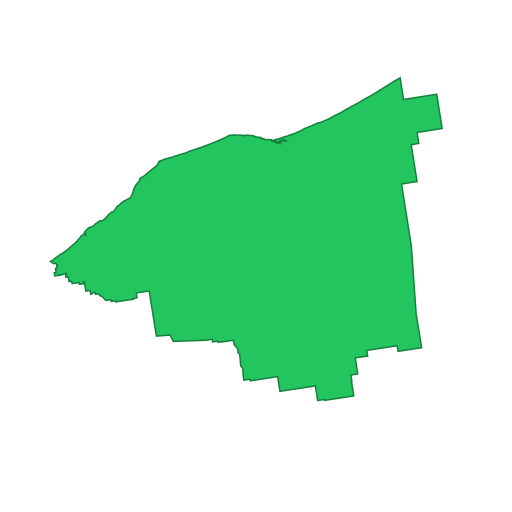 Northampton, Western Australia, Australia, rotated 81°
{"feature_id": "25037944B43886071852017", "entity_name": "Northampton", "entity_type": "district", "adm_level": 2, "iso_a3": "AUS", "parent_name": "Australia", "parent_adm1": "Western Australia", "projection": "equal_earth", "projection_center": [114.191, -27.828], "detail": "fine", "context": "isolated", "style": "filled", "palette": "green", "viewbox_px": 512, "rotation_deg": 81, "n_neighbors": 0, "source": "geoboundaries", "source_scale": "gbopen_adm2", "svg_char_len": 6022}
<svg xmlns="http://www.w3.org/2000/svg" viewBox="0 0 512 512"><g transform="rotate(81 256 256)"><path d="M378.5,253.5L393.4,253.5L393.4,252.9L393.6,217.7L408.4,217.7L408.4,210.7L409.3,210.7L409.5,181.3L394.9,181.3L394.9,180.9L388.4,180.9L388.4,174.0L372.2,173.9L372.3,161.4L366.6,161.4L366.7,130.6L372.4,130.6L372.5,106.7L338.4,106.9L270.3,101.0L207.7,101.0L207.7,85.3L170.4,85.3L170.2,77.6L159.2,77.6L159.2,52.2L124.5,52.2L124.5,85.8L102.5,85.8L102.9,86.6L103.0,87.3L103.2,87.5L103.5,88.2L103.7,89.0L104.0,89.3L104.0,89.9L104.5,90.7L104.7,91.8L104.9,91.8L105.0,92.4L106.3,94.9L106.3,95.5L106.5,95.6L106.8,96.0L106.8,96.6L107.3,97.3L107.4,97.9L107.7,98.4L108.0,99.4L108.4,100.1L108.9,101.5L109.7,103.1L109.9,103.9L110.1,104.1L110.2,104.8L110.5,105.1L111.1,106.3L111.5,107.6L111.4,107.8L111.7,108.0L111.9,108.7L112.4,109.3L112.9,110.9L113.7,112.2L113.6,112.7L113.8,113.0L114.2,113.7L115.3,116.8L115.7,117.3L115.9,118.5L116.4,119.2L116.5,120.0L116.9,120.8L117.0,121.7L117.7,123.1L117.9,124.3L118.0,124.3L118.4,124.9L118.9,126.5L119.4,127.5L119.4,127.9L119.7,128.2L119.8,128.7L119.9,128.8L120.3,129.6L120.4,130.3L120.8,130.9L121.0,131.7L121.1,131.8L121.9,134.4L122.2,135.1L122.3,135.0L122.4,135.3L123.0,137.9L123.6,138.9L123.8,140.0L124.4,141.1L124.9,142.5L125.0,142.8L124.8,143.1L125.3,143.4L125.9,145.5L126.9,147.6L127.3,149.1L127.5,149.2L128.3,151.6L128.3,152.1L128.7,152.9L128.6,153.2L128.8,153.7L129.0,154.1L129.1,154.6L129.5,155.5L129.4,155.9L129.7,156.2L129.7,156.8L130.2,157.6L130.2,157.8L130.7,159.1L130.9,160.1L131.7,161.5L131.7,161.9L132.0,162.7L134.1,171.0L134.3,172.4L134.2,173.5L134.4,173.9L134.3,174.0L134.5,175.2L134.9,176.0L135.0,176.9L135.2,177.4L135.4,178.7L135.6,178.9L135.6,179.1L135.8,179.4L136.2,180.9L136.6,183.0L136.6,183.4L136.7,184.1L137.0,184.4L137.1,184.7L137.4,186.1L137.4,187.1L137.5,187.2L137.6,187.6L137.8,187.7L137.8,188.4L138.6,190.1L139.2,192.3L139.7,193.6L140.2,196.0L140.7,197.3L141.4,201.3L141.7,202.3L141.7,203.2L142.4,205.8L142.5,207.7L142.9,209.6L142.8,210.2L143.1,211.5L143.2,212.6L143.9,215.1L144.0,215.7L143.8,217.1L144.1,218.8L144.4,220.3L144.8,221.1L144.9,221.8L145.2,221.9L145.4,221.7L145.2,220.8L145.0,220.5L144.9,220.1L145.0,219.4L145.3,219.1L146.0,219.1L146.7,217.4L146.8,216.3L146.7,215.0L146.4,213.7L146.0,213.2L145.5,212.2L145.4,210.8L145.5,210.3L145.9,210.0L147.0,208.1L147.3,208.6L146.9,209.2L146.3,212.6L147.6,214.4L148.4,214.5L148.8,214.2L148.6,215.4L148.2,215.5L147.8,216.8L148.0,217.7L147.4,217.8L147.3,218.1L146.9,218.4L146.6,219.2L146.2,219.4L145.8,220.0L145.7,221.7L145.4,222.2L144.6,222.7L144.7,222.2L144.3,222.5L143.9,222.2L143.7,222.3L143.4,223.4L143.4,224.1L142.9,225.3L142.5,229.2L142.0,229.8L141.2,229.9L141.2,231.2L140.9,232.2L140.5,232.6L140.2,232.4L140.1,232.6L139.9,232.4L139.7,232.6L139.5,233.3L139.6,233.9L139.2,234.9L138.8,235.4L138.7,236.7L138.8,236.9L138.4,237.2L138.3,237.7L138.4,237.9L138.3,238.0L138.2,238.2L138.1,238.6L138.0,238.8L137.7,238.7L137.7,239.0L137.0,239.4L136.2,242.0L136.0,243.4L135.8,243.8L135.7,244.4L135.4,244.9L135.2,246.3L135.2,247.2L135.3,247.4L135.2,247.9L135.6,248.2L135.0,249.2L135.0,249.5L134.9,249.5L134.5,251.0L134.5,251.5L134.0,252.7L133.9,253.6L134.0,253.8L133.9,254.2L134.0,254.6L134.1,255.8L133.6,256.2L133.7,256.3L133.6,256.9L133.2,257.7L133.0,258.9L132.9,260.6L133.1,261.8L132.5,262.4L132.7,263.0L132.7,263.7L133.1,264.3L133.1,264.9L133.4,265.4L133.4,265.7L133.8,266.5L134.1,267.7L135.6,272.7L135.8,273.1L135.9,273.8L136.9,278.2L137.1,278.5L137.3,280.0L138.1,283.0L138.1,283.3L138.6,285.8L139.0,287.4L139.0,287.7L139.1,288.6L139.7,289.4L139.7,289.7L139.4,290.0L140.0,292.4L142.1,305.1L142.4,306.7L143.1,308.3L143.1,308.5L143.3,309.2L143.2,309.9L143.5,310.5L143.5,312.8L143.9,314.0L143.8,315.0L144.0,315.8L144.1,316.8L144.4,317.9L144.6,319.0L144.5,319.6L144.9,320.7L144.9,321.2L145.4,323.5L145.3,324.7L146.2,331.9L146.9,334.3L147.3,336.6L147.7,337.3L149.3,338.2L150.5,339.2L151.9,341.1L156.2,348.8L158.8,352.8L160.0,355.2L160.7,357.6L161.1,358.4L161.8,358.5L163.9,359.9L164.5,360.5L165.3,361.6L166.6,362.7L167.3,363.8L167.7,363.9L169.4,365.4L172.0,366.8L174.6,368.0L175.2,368.4L175.5,368.4L177.2,369.7L178.5,370.8L178.8,371.2L179.8,373.5L179.9,374.3L180.1,375.2L180.9,376.3L180.9,377.3L181.2,378.3L182.9,381.4L183.3,381.7L184.2,383.0L184.8,384.5L185.8,386.0L186.2,386.1L187.4,387.2L187.8,387.8L188.4,388.2L189.8,390.0L190.0,390.4L190.1,391.9L190.6,392.9L191.5,393.9L192.0,395.2L192.9,396.0L195.3,398.9L196.4,400.6L197.1,402.6L196.9,404.0L196.9,405.2L197.2,405.5L198.0,407.2L198.4,407.6L198.6,408.4L199.6,410.4L200.4,411.1L201.2,412.4L201.4,413.6L201.8,415.1L201.7,416.1L202.2,417.3L204.3,420.1L205.5,421.4L206.2,421.9L206.7,421.9L206.8,421.4L207.4,420.9L207.5,421.0L207.3,421.2L207.5,421.3L208.7,421.2L209.1,421.3L209.2,421.2L209.2,421.3L209.4,421.4L207.0,421.4L206.8,421.9L208.0,423.7L208.6,425.0L209.2,425.9L210.4,426.9L212.5,429.7L213.2,430.3L214.4,432.0L216.2,434.7L219.0,439.4L219.5,440.0L220.4,441.7L221.1,442.6L222.1,445.1L223.0,446.2L223.4,448.0L226.0,453.2L227.6,456.2L228.4,457.0L228.6,457.7L228.6,458.3L229.2,459.8L232.0,457.0L231.6,455.5L234.1,453.2L234.6,454.5L237.0,454.5L237.1,455.3L236.9,456.0L240.7,456.0L241.0,457.9L244.2,457.9L244.2,454.2L243.7,453.0L244.4,453.0L244.1,450.9L244.2,450.0L244.2,449.8L243.4,448.5L243.6,447.7L243.5,446.1L244.6,446.2L244.6,447.1L247.3,447.1L247.3,444.6L252.0,444.7L252.0,442.3L254.5,441.9L254.6,434.9L256.4,434.9L256.4,430.5L254.6,430.5L254.6,429.6L264.1,429.6L264.1,425.2L268.0,425.2L267.9,424.6L266.8,422.7L266.9,420.6L268.7,420.6L268.8,417.7L269.7,416.6L270.7,416.5L272.0,414.2L273.6,413.3L276.4,411.1L276.5,405.9L278.3,405.9L278.3,401.6L279.4,401.6L279.5,383.6L278.6,383.6L278.6,380.0L273.8,380.0L273.8,367.0L319.5,366.9L320.7,353.3L327.4,351.0L331.4,318.6L331.4,312.2L334.1,312.2L334.1,307.0L335.3,307.0L335.3,302.5L335.6,302.5L335.6,291.9L338.3,291.3L339.9,291.6L344.9,288.5L348.7,288.9L350.6,287.5L362.2,288.3L364.6,286.8L369.6,287.0L370.2,287.3L376.7,287.4L376.8,281.1L378.4,281.1L378.5,253.5Z" fill="#22c55e" stroke="#15803d" stroke-width="1.5"/></g></svg>